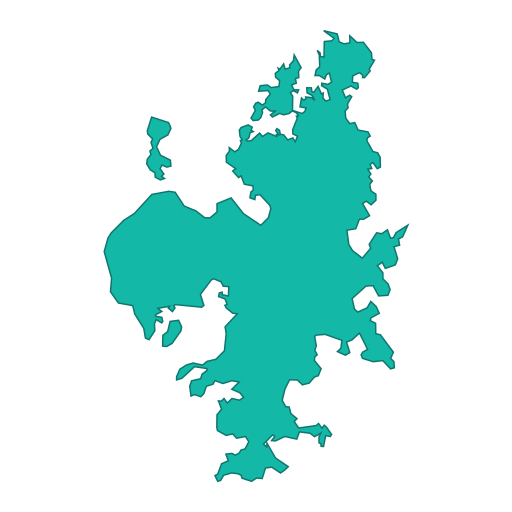 Geoje-si, South Gyeongsang, South Korea
{"feature_id": "91817680B58127051569150", "entity_name": "Geoje-si", "entity_type": "district", "adm_level": 2, "iso_a3": "KOR", "parent_name": "South Korea", "parent_adm1": "South Gyeongsang", "projection": "albers", "projection_center": [128.639, 34.872], "detail": "fine", "context": "isolated", "style": "filled", "palette": "teal", "viewbox_px": 512, "rotation_deg": 0, "n_neighbors": 0, "source": "geoboundaries", "source_scale": "gbopen_adm2", "svg_char_len": 6039}
<svg xmlns="http://www.w3.org/2000/svg" viewBox="0 0 512 512"><path d="M337.2,33.9L323.7,30.7L334.1,38.3L331.9,40.8L324.3,41.5L324.0,57.1L320.4,56.5L320.1,53.0L317.2,50.4L319.3,55.0L319.7,66.8L316.2,69.9L315.0,75.6L319.2,75.5L324.8,79.0L326.4,74.7L329.4,73.1L331.5,82.1L327.9,84.4L321.8,83.2L321.6,85.7L327.4,89.1L330.1,99.7L325.7,101.1L322.9,97.9L323.3,93.0L321.4,93.9L318.1,86.4L313.8,92.3L311.8,91.5L311.4,87.8L306.7,87.8L307.1,92.9L312.1,95.4L314.8,100.4L311.3,97.5L305.6,97.0L306.0,98.7L303.7,100.1L301.5,98.0L300.0,106.8L306.0,108.0L304.8,111.6L301.9,113.5L292.5,110.4L292.7,96.1L290.4,92.6L293.4,90.7L297.4,92.9L298.6,89.8L293.9,89.8L291.6,84.9L296.3,83.2L295.4,78.5L298.8,77.6L298.5,71.2L301.1,67.7L294.2,55.0L293.5,60.6L289.6,65.0L289.8,67.8L285.2,69.1L283.6,63.9L280.0,69.1L278.2,68.2L279.0,70.4L275.3,73.4L275.6,77.2L279.6,80.7L279.0,86.5L271.2,87.6L267.4,85.0L260.2,85.7L258.6,91.2L268.1,90.6L270.3,94.0L265.7,99.8L265.6,102.6L262.5,105.1L258.2,102.2L255.7,103.2L253.6,106.8L255.4,110.3L251.0,118.1L253.2,120.6L258.4,120.0L260.9,117.4L262.6,112.1L261.7,110.1L265.6,106.9L270.3,111.0L275.1,111.1L270.4,115.0L272.5,117.0L279.6,113.4L283.7,114.8L289.1,113.5L292.3,110.9L296.4,112.8L298.4,115.8L296.4,116.2L297.3,118.1L292.7,129.7L292.9,134.0L297.5,136.1L295.3,141.8L292.8,137.9L287.7,139.9L283.7,134.9L280.3,134.2L279.5,130.3L276.9,128.6L275.7,130.6L278.7,134.8L276.4,134.6L276.7,136.5L268.0,132.9L262.5,136.5L259.6,133.1L251.3,140.6L247.3,141.1L246.1,139.8L248.7,138.2L250.2,132.6L253.3,131.6L251.1,130.1L252.2,127.2L248.2,124.9L241.1,127.5L239.3,130.2L240.1,136.7L242.3,139.8L240.4,140.5L241.4,143.1L238.4,149.5L234.6,151.8L229.3,147.6L229.4,151.3L226.2,155.4L226.4,162.2L235.7,168.7L232.7,171.0L238.6,177.6L241.1,175.8L244.3,184.2L252.9,185.9L253.3,189.8L250.9,192.1L249.9,197.8L254.8,199.6L255.5,195.3L260.0,194.7L269.9,205.4L270.8,208.7L268.3,217.8L260.8,225.3L243.5,213.7L231.1,197.9L217.0,203.7L217.0,212.0L210.1,217.8L204.8,217.8L195.9,210.9L184.2,206.1L175.2,192.3L168.9,191.3L151.9,194.4L134.4,213.5L123.8,220.3L111.1,233.0L107.9,238.3L104.2,251.6L111.6,278.1L110.5,291.8L118.4,303.0L132.7,305.6L134.8,314.1L143.8,328.4L145.4,338.0L149.0,339.7L154.8,330.8L154.5,323.7L156.2,319.6L161.7,322.9L162.8,321.4L161.8,317.3L155.7,316.3L155.6,314.7L161.8,311.5L157.8,308.3L169.6,306.3L168.3,308.1L172.4,311.6L175.0,307.9L173.7,305.7L175.4,304.6L201.7,307.2L203.9,305.5L200.4,294.4L211.3,279.9L213.9,278.8L221.2,281.9L223.2,286.2L228.8,286.6L228.4,296.0L222.3,294.7L222.1,292.1L219.3,292.9L218.6,296.6L225.1,299.0L227.1,304.4L224.9,305.3L226.0,307.7L232.5,313.1L237.3,313.8L225.1,326.8L226.2,333.7L224.4,350.8L215.9,359.3L206.9,361.4L202.6,365.1L193.1,363.0L186.2,365.1L179.8,369.3L176.6,376.7L176.6,379.9L181.9,378.3L194.5,366.7L206.9,368.5L207.1,370.4L202.1,374.1L200.6,378.7L191.6,380.8L189.7,386.3L191.0,396.1L194.5,394.5L200.8,396.7L203.8,393.7L206.4,386.3L213.1,384.1L214.9,380.6L222.9,383.5L231.8,380.7L239.2,382.0L231.8,389.3L239.9,392.8L243.6,397.4L239.4,400.2L232.0,398.5L227.3,403.0L224.0,398.5L221.4,401.1L218.4,400.9L221.6,409.1L217.0,414.8L216.8,427.6L217.5,430.6L226.2,435.4L232.7,433.9L236.6,438.2L245.5,436.5L248.8,441.7L245.1,448.9L241.1,450.0L239.0,453.2L235.3,455.2L232.0,453.4L225.9,454.1L228.3,460.8L221.6,463.7L217.7,474.1L215.0,475.6L217.7,481.3L220.7,480.4L223.7,475.2L231.4,473.0L237.7,473.7L241.1,475.2L242.0,478.2L251.6,481.3L256.6,478.0L262.2,478.5L265.5,468.0L271.8,467.2L280.5,473.0L283.7,470.8L288.3,466.7L275.5,458.0L267.0,443.2L266.6,446.9L263.5,444.1L272.7,434.8L274.8,436.5L271.6,440.6L275.5,440.9L284.8,436.5L296.8,439.1L299.4,431.9L310.0,433.2L314.6,436.7L320.9,433.0L319.0,436.7L319.0,442.8L320.9,443.7L321.1,446.3L323.5,446.5L325.7,435.6L330.3,436.5L331.6,434.5L326.3,426.9L324.2,425.2L322.0,428.2L318.5,423.5L316.1,425.6L298.7,428.0L294.2,421.5L297.0,418.7L290.9,413.7L289.2,407.0L285.7,406.7L282.2,400.4L285.0,388.9L289.6,379.8L297.4,380.0L302.4,384.8L309.2,383.1L314.4,377.0L318.3,375.7L321.1,368.7L314.4,360.5L314.8,356.8L317.2,354.8L314.8,350.3L316.3,345.7L314.6,336.4L316.3,335.1L325.2,334.4L341.9,340.3L340.9,348.3L337.4,351.6L345.4,355.2L349.8,352.6L346.5,342.0L351.9,340.0L359.5,333.1L367.6,349.4L362.6,352.2L361.1,354.8L362.4,358.3L373.2,361.7L382.8,360.6L390.6,368.9L394.3,367.8L393.9,361.5L390.6,358.5L393.4,352.2L380.4,334.8L375.8,333.7L375.6,323.3L370.1,320.5L371.2,317.7L379.3,313.3L376.2,306.6L370.8,301.4L367.1,307.9L357.8,312.0L354.5,309.2L352.1,298.6L365.8,286.2L369.3,285.8L373.2,285.8L378.6,295.9L387.9,295.3L390.1,289.6L388.1,284.0L382.9,278.8L382.9,272.9L377.3,265.6L382.3,262.3L385.3,268.4L395.3,264.9L397.7,258.8L394.0,246.7L399.6,245.2L398.5,238.9L402.6,236.9L407.8,225.2L396.1,232.6L393.5,237.6L390.5,238.2L387.4,229.8L381.8,233.7L376.6,232.8L369.2,244.3L370.7,248.2L362.3,258.2L352.5,250.6L348.8,244.5L346.9,230.2L355.8,228.7L359.4,219.2L363.6,219.2L369.6,215.7L362.5,203.5L366.4,201.2L371.1,204.8L375.9,200.3L375.9,194.2L371.1,191.0L370.3,187.9L369.8,184.2L372.4,181.0L368.7,176.9L370.9,174.0L367.8,169.2L371.8,168.5L370.0,164.4L372.9,162.6L377.3,168.7L380.4,167.1L380.2,157.4L377.7,152.8L372.9,151.5L366.9,140.8L367.3,137.9L370.2,136.1L368.0,131.9L358.1,130.1L354.8,122.6L349.8,123.6L345.8,118.3L345.1,111.1L348.1,107.8L347.5,104.0L351.7,96.7L349.8,95.2L345.5,97.8L342.3,90.0L351.0,86.0L356.7,89.2L358.3,87.7L357.8,83.2L352.4,82.3L352.7,75.9L359.6,72.6L362.8,75.3L362.5,77.5L364.5,77.7L370.2,70.9L369.2,69.1L374.5,60.2L372.0,59.4L371.4,52.7L363.4,42.3L357.0,42.5L349.8,35.8L349.9,42.8L344.2,43.9L339.2,41.9L337.2,33.9ZM170.4,160.2L160.5,155.2L156.5,146.8L160.0,139.3L167.9,134.9L170.9,128.4L169.9,125.5L168.4,122.5L151.6,117.1L147.3,130.9L147.7,134.0L152.6,138.9L151.0,142.5L153.0,148.4L149.9,151.0L150.9,154.7L147.3,159.2L146.7,163.8L150.3,169.9L155.0,172.8L155.2,177.1L160.3,179.9L164.5,178.5L161.5,176.3L163.9,174.0L160.0,168.6L162.0,165.1L166.9,167.1L170.9,166.1L170.4,160.2ZM172.1,343.4L180.9,330.9L181.6,326.8L178.6,320.3L170.1,321.4L167.7,331.5L162.9,335.3L162.6,346.1L166.7,346.5L172.1,343.4Z" fill="#14b8a6" stroke="#0f766e" stroke-width="1.5"/></svg>